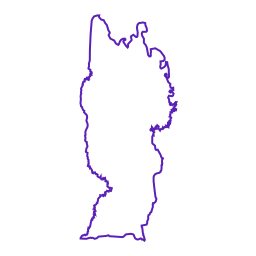 outline of Akat Amnuai, Sakon Nakhon, Thailand
{"feature_id": "78962969B83463915016953", "entity_name": "Akat Amnuai", "entity_type": "district", "adm_level": 2, "iso_a3": "THA", "parent_name": "Thailand", "parent_adm1": "Sakon Nakhon", "projection": "equal_earth", "projection_center": [103.97, 17.642], "detail": "fine", "context": "isolated", "style": "outline", "palette": "violet", "viewbox_px": 256, "rotation_deg": 0, "n_neighbors": 0, "source": "geoboundaries", "source_scale": "gbopen_adm2", "svg_char_len": 5781}
<svg xmlns="http://www.w3.org/2000/svg" viewBox="0 0 256 256"><path d="M142.9,22.5L139.0,23.1L137.6,24.6L136.9,27.5L137.7,32.5L137.4,36.5L136.8,37.0L136.0,37.0L133.4,34.8L131.2,36.2L130.9,37.1L131.6,39.5L131.5,40.3L128.1,44.0L128.1,46.7L127.6,47.5L126.3,46.2L123.3,41.8L123.6,40.8L125.4,39.8L125.4,39.2L124.8,38.6L122.8,38.8L121.2,39.7L120.1,41.1L118.7,44.5L118.2,44.9L115.9,43.5L114.2,40.5L110.4,38.6L108.7,35.4L108.9,34.4L109.7,33.1L109.7,32.4L108.4,30.3L106.9,25.2L105.1,22.9L103.7,20.2L101.3,19.6L99.5,17.8L98.9,16.6L99.2,15.4L97.4,15.4L94.1,16.4L92.6,18.5L91.7,20.7L90.6,34.4L89.9,50.0L89.8,60.4L88.9,63.7L89.0,66.4L88.4,68.3L88.5,68.7L90.3,69.7L90.2,70.7L90.7,72.0L91.4,71.9L91.8,73.0L91.6,73.5L91.0,73.2L91.2,73.7L90.7,73.9L91.0,74.2L90.4,74.5L90.7,74.8L90.3,74.8L90.1,75.4L90.4,75.9L89.7,76.7L89.1,76.8L88.8,78.1L89.1,78.9L88.7,79.1L88.6,79.9L87.3,79.3L87.2,78.3L86.7,78.8L86.5,78.2L85.7,79.2L84.8,79.0L84.5,80.0L84.8,80.1L84.7,81.5L83.1,82.1L83.2,82.7L82.6,83.8L82.9,84.3L82.5,84.9L82.7,85.3L81.1,88.4L81.1,89.6L81.4,89.9L80.9,92.8L81.3,93.6L80.8,94.7L80.6,96.9L80.9,98.9L80.5,103.0L81.1,106.4L82.1,107.1L82.3,108.3L83.3,110.2L84.3,110.8L84.1,112.4L86.7,115.0L87.2,117.0L86.4,120.8L87.5,123.6L87.7,125.5L87.4,127.1L85.8,130.4L85.3,132.6L85.6,134.8L85.0,135.5L85.5,137.9L85.1,140.3L85.6,141.3L86.9,142.2L86.7,143.0L87.5,146.5L86.6,148.0L85.8,151.5L86.0,152.0L87.5,152.8L87.2,156.2L87.8,157.1L87.7,158.7L88.6,160.0L88.3,161.3L88.7,161.9L88.4,163.7L88.7,163.9L88.2,164.7L88.6,165.4L88.1,165.3L87.8,166.0L88.9,166.7L89.8,166.5L90.0,168.2L90.5,167.9L92.0,170.3L92.3,172.8L93.2,173.3L93.9,172.4L95.0,172.4L95.1,173.2L95.9,174.1L96.5,173.9L97.6,174.6L97.4,176.1L98.2,176.9L100.1,177.8L100.7,176.7L100.8,178.6L101.9,179.5L103.1,179.4L102.9,178.5L103.2,178.0L103.7,178.4L105.0,177.9L105.0,178.9L105.8,180.3L105.4,181.1L106.4,181.7L107.6,181.5L108.0,183.4L107.3,184.1L107.7,184.7L107.3,186.3L109.7,188.2L110.5,187.8L111.8,188.2L111.0,190.8L110.3,190.5L110.2,190.9L109.7,190.9L109.4,190.4L108.4,191.2L108.1,190.6L108.2,191.1L107.8,191.0L108.0,191.4L107.0,191.2L105.0,192.3L105.1,193.0L105.6,193.5L105.0,194.5L105.4,194.7L105.1,195.3L104.8,194.9L104.3,195.3L104.4,194.6L103.8,194.9L104.0,195.4L103.5,195.8L102.8,194.8L102.3,195.1L102.4,195.7L100.2,195.2L100.2,196.6L98.3,198.5L97.4,202.9L96.8,202.9L96.2,204.4L94.1,205.5L94.4,207.0L94.9,207.2L94.8,207.8L94.5,207.5L94.2,208.0L94.6,208.8L94.0,209.1L94.6,209.4L94.6,210.4L94.9,210.0L95.3,210.6L94.9,210.6L94.8,211.6L94.0,212.8L94.8,213.1L95.0,214.0L94.3,213.3L94.4,213.9L93.8,214.7L94.3,215.3L93.5,217.0L93.7,217.3L93.2,217.3L93.0,218.4L92.5,218.6L92.4,219.3L92.0,218.9L91.3,220.3L90.1,226.5L89.7,226.6L89.2,228.1L88.5,227.8L88.5,228.5L88.0,229.1L88.1,230.7L88.1,231.5L87.6,231.9L87.6,233.4L87.4,233.4L86.9,234.6L86.4,234.4L85.5,235.3L84.5,234.7L83.5,235.4L82.9,235.3L81.9,235.9L80.3,238.5L79.6,238.5L86.2,238.8L90.6,237.6L91.3,238.0L92.8,237.8L94.7,238.8L96.8,238.2L98.6,236.6L105.8,236.0L108.5,235.3L109.4,236.2L122.6,237.1L123.9,236.4L125.8,234.4L131.0,233.8L133.5,234.5L135.1,238.3L136.7,239.3L138.0,239.5L140.8,238.4L141.5,238.8L141.8,239.5L142.7,239.4L144.4,240.6L144.8,239.9L144.0,236.7L143.2,235.1L143.4,234.3L143.1,234.1L142.8,232.7L142.3,227.9L141.7,226.7L141.6,225.6L146.6,224.6L147.2,223.1L147.2,221.3L148.3,218.8L148.1,216.8L148.5,215.1L149.6,214.5L150.4,212.5L151.2,212.2L152.9,206.7L152.7,204.3L153.4,203.8L153.2,203.1L153.9,203.1L155.5,201.9L156.2,199.9L156.4,198.7L155.5,197.1L154.6,190.2L153.6,181.2L153.6,177.1L154.1,175.6L155.3,174.1L157.0,173.3L159.1,172.9L160.4,172.0L160.5,171.2L161.2,170.7L161.6,168.0L161.5,165.9L161.6,165.2L162.0,165.1L161.9,164.1L162.3,163.6L162.0,161.9L162.1,159.7L162.8,158.8L162.5,158.6L162.5,158.1L162.0,158.2L161.5,157.5L160.5,154.7L157.7,149.7L156.1,149.9L155.5,149.3L154.9,145.6L152.6,143.7L152.2,142.8L152.3,136.7L153.0,135.0L153.6,135.3L153.4,133.3L154.2,132.2L152.7,131.1L153.4,130.7L152.6,129.5L150.6,130.3L150.4,129.9L150.9,129.0L151.7,129.1L151.9,127.1L153.0,128.7L154.2,128.8L154.4,129.7L155.2,128.9L156.1,128.8L155.0,128.2L155.3,127.5L155.7,128.1L156.1,128.0L156.5,126.2L157.0,126.2L157.3,125.3L158.7,126.5L158.3,128.3L160.0,130.5L160.6,129.1L162.1,129.1L162.8,127.4L163.4,128.4L164.7,126.9L165.4,127.2L166.6,126.8L166.2,125.6L167.0,125.8L167.3,127.0L167.7,126.9L167.9,125.9L168.5,126.7L168.7,125.2L168.0,124.9L168.0,123.5L168.8,124.1L168.6,122.4L169.2,122.2L169.2,123.3L170.1,123.6L170.3,121.9L169.9,122.0L169.3,121.1L170.6,120.4L170.4,119.1L171.2,117.9L170.6,117.5L170.5,116.6L169.7,116.5L170.3,115.5L170.1,114.4L170.5,114.0L170.5,112.2L172.0,112.4L171.7,111.5L171.9,110.7L171.5,110.0L173.0,108.9L173.6,108.9L173.7,109.8L173.2,110.0L173.7,111.1L174.1,111.1L174.3,110.4L175.0,110.4L175.0,109.8L174.3,109.9L174.4,109.3L176.0,110.1L176.2,109.2L175.2,108.6L174.2,108.7L173.6,107.9L174.7,106.6L174.9,105.7L175.6,105.7L176.3,104.5L175.7,103.0L176.4,102.1L175.8,102.0L174.9,102.9L174.6,104.8L173.9,104.0L172.9,104.7L172.4,104.4L172.4,105.1L171.0,104.4L170.6,105.0L169.9,104.6L169.8,103.2L170.4,102.7L169.2,102.0L169.1,99.5L168.1,97.5L169.0,95.7L172.1,96.2L173.0,95.5L173.6,93.6L172.1,91.8L170.5,92.6L169.4,91.7L170.1,90.5L173.3,90.1L173.2,87.7L171.4,88.1L170.6,87.5L170.1,85.3L170.4,84.0L168.3,82.1L166.5,77.6L164.8,75.6L165.0,74.3L166.1,73.7L166.7,74.3L166.6,76.4L166.9,77.2L168.2,77.8L169.0,77.0L168.7,68.8L167.6,65.0L167.2,62.2L166.0,61.9L165.6,65.4L164.3,67.0L161.4,68.6L160.7,68.3L160.4,67.5L160.2,66.6L160.7,64.3L160.5,61.4L163.4,61.0L164.6,59.6L164.6,57.7L163.9,55.9L160.2,51.1L155.3,48.3L150.7,49.2L151.0,51.8L150.7,53.5L150.8,55.6L150.5,56.3L149.2,56.3L148.1,54.8L146.8,47.4L145.7,45.1L143.9,42.8L143.9,38.6L142.4,36.2L141.8,34.3L142.0,32.8L142.7,31.8L146.1,31.8L147.0,30.8L146.7,28.2L145.4,25.1L145.2,23.0L142.9,22.5Z" fill="none" stroke="#5b21b6" stroke-width="2"/></svg>